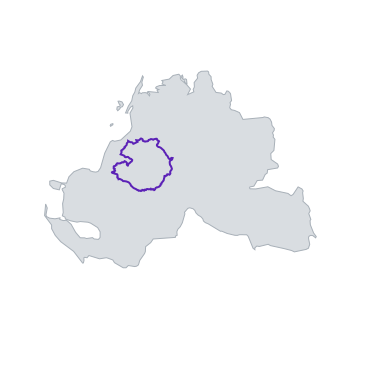 location of Guárico within Venezuela, rotated 298°
{"feature_id": "VEN-45", "entity_name": "Guárico", "entity_type": "State", "adm_level": 1, "iso_a3": "VEN", "parent_name": "Venezuela", "parent_adm1": "", "projection": "equal_earth", "projection_center": [-66.651, 8.828], "detail": "fine", "context": "in_parent", "style": "outline", "palette": "violet", "viewbox_px": 384, "rotation_deg": 298, "n_neighbors": 0, "source": "natural_earth", "source_scale": "10m", "svg_char_len": 9122}
<svg xmlns="http://www.w3.org/2000/svg" viewBox="0 0 384 384"><g transform="rotate(298 192 192)"><path d="M302.9,143.5L306.1,149.0L305.8,150.3L303.9,151.6L302.8,154.7L300.3,156.1L296.9,159.9L294.7,160.2L291.2,166.5L293.1,171.4L292.7,173.9L293.6,175.2L297.6,175.3L298.0,176.6L297.5,178.6L296.8,179.9L291.3,184.0L288.7,183.6L287.6,184.8L284.1,185.7L283.1,188.1L284.0,191.3L284.4,196.6L280.0,202.9L291.1,219.7L292.2,220.5L293.4,224.4L293.0,226.7L291.1,229.4L288.3,231.4L286.7,234.9L285.0,235.6L282.0,235.3L280.5,237.2L278.6,237.9L277.4,240.5L267.2,244.8L262.9,243.5L257.8,246.7L256.9,254.5L255.3,256.3L253.4,256.3L247.2,248.3L244.0,249.5L241.8,248.4L235.6,248.7L232.7,244.2L226.2,243.9L223.7,240.8L222.6,240.8L222.1,241.8L224.6,246.8L232.2,256.5L232.3,265.2L235.8,277.4L235.2,281.2L237.3,282.4L246.3,283.3L246.3,287.6L245.1,289.6L243.3,290.0L238.6,293.3L235.9,294.3L234.1,301.4L232.5,303.5L230.8,305.2L227.8,305.2L223.6,309.8L222.1,309.7L218.6,311.9L212.9,318.6L211.0,322.6L209.6,322.7L210.2,319.1L209.5,317.2L208.1,316.2L206.9,316.1L205.3,317.0L201.1,320.5L197.0,321.2L194.8,319.6L187.2,310.5L187.1,307.4L185.3,300.0L181.5,286.4L181.6,283.8L175.5,277.0L174.7,274.6L172.2,273.7L170.6,274.6L171.0,272.3L179.2,262.5L179.9,260.4L176.7,254.1L174.9,252.3L173.9,250.2L171.9,242.5L171.4,236.7L170.7,235.5L171.5,221.2L171.2,218.1L171.8,215.7L173.4,214.1L174.3,211.5L174.5,208.1L175.4,205.3L177.1,203.1L177.7,200.9L177.0,197.4L175.6,196.0L170.6,194.9L169.3,196.0L160.3,197.9L155.8,197.9L152.4,197.0L149.8,197.3L146.8,199.2L145.3,198.1L144.1,198.6L132.3,179.8L127.9,179.3L122.0,176.7L117.4,178.8L115.4,179.0L107.1,178.0L102.5,178.9L100.6,178.0L99.3,176.5L97.2,170.3L94.1,169.3L92.8,166.8L93.2,156.7L94.8,154.0L94.2,149.4L93.8,147.3L89.6,141.7L87.5,130.8L84.7,130.2L83.9,127.8L83.1,127.4L80.8,128.8L78.4,129.4L77.9,128.8L84.0,115.4L86.5,99.4L89.5,91.6L93.7,85.3L97.0,83.5L102.0,72.9L112.7,68.4L109.9,71.7L103.5,73.7L102.0,75.0L102.1,78.6L104.0,83.6L107.2,87.6L105.7,88.1L106.3,91.7L107.9,94.1L107.9,95.7L106.7,100.5L101.8,108.1L99.1,114.8L101.1,118.7L101.4,120.7L105.0,125.6L104.6,127.6L106.2,131.6L108.7,132.2L113.7,129.6L116.3,125.4L116.9,117.2L116.5,114.4L113.5,107.3L111.4,104.6L109.6,98.5L108.8,92.9L110.2,91.6L110.1,88.7L113.5,87.9L121.0,83.2L125.6,82.0L130.9,79.5L133.2,76.2L134.0,75.9L136.7,77.9L138.1,77.2L138.6,75.7L137.9,72.7L131.6,73.8L130.0,67.9L131.5,63.1L134.8,61.3L137.2,64.1L138.8,72.6L141.0,77.1L147.7,76.2L154.5,78.2L161.7,84.3L163.8,90.6L162.9,92.3L163.4,95.0L164.4,97.7L166.0,99.4L170.5,99.9L185.4,96.7L197.8,96.3L200.2,97.6L200.5,99.9L204.5,104.7L216.7,109.0L221.4,108.4L232.5,100.2L238.4,100.4L240.2,99.2L238.0,97.9L233.0,97.5L231.5,98.3L230.6,96.2L237.8,95.5L244.1,96.0L249.3,94.5L253.3,94.6L257.4,93.6L265.2,94.7L271.3,93.8L270.6,95.1L265.4,96.2L262.9,98.2L257.6,97.8L253.9,98.5L255.1,99.1L255.1,101.1L256.2,101.5L257.8,104.0L258.2,106.1L256.9,109.3L258.4,109.0L259.2,107.9L259.2,105.7L260.1,106.0L264.0,115.5L265.6,113.2L266.8,114.6L266.7,111.0L268.1,111.1L270.9,113.5L273.8,118.9L273.3,114.8L275.7,114.7L276.3,113.0L281.0,118.9L286.0,120.6L289.8,125.1L289.0,127.3L286.8,128.4L285.9,129.7L284.3,136.8L282.2,142.3L275.9,142.4L281.3,146.6L283.1,144.9L285.8,144.8L289.7,142.5L295.1,143.5L297.5,141.7L300.4,141.9L302.9,143.5ZM238.1,85.0L238.7,87.9L237.0,90.5L234.7,90.5L232.9,88.9L231.9,89.3L228.9,88.3L229.7,86.8L232.0,86.0L233.7,87.8L235.1,87.9L235.5,86.4L237.4,84.1L238.1,85.0ZM288.7,134.4L285.3,136.7L285.2,134.4L287.7,131.7L288.9,133.3L288.7,134.4ZM215.2,90.0L214.3,90.6L211.8,89.3L212.4,88.5L213.7,88.5L215.2,90.0ZM289.3,130.1L287.3,130.9L287.9,129.2L290.0,128.3L290.7,128.6L289.3,130.1Z" fill="#d9dde1" stroke="#a8b0b8" stroke-width="1"/><path d="M207.1,111.6L207.0,113.4L207.0,114.1L207.1,114.4L207.5,115.1L207.7,115.7L207.6,116.4L207.5,116.7L207.1,117.3L207.0,117.5L207.2,117.8L210.6,120.3L211.4,118.7L211.6,118.5L212.3,120.3L212.5,120.5L213.0,120.9L213.3,121.1L214.1,121.4L214.7,121.5L215.0,121.6L215.2,121.8L215.3,121.9L215.4,122.2L215.4,123.0L215.4,123.4L215.3,123.6L215.2,123.8L214.3,124.3L214.1,124.7L214.1,125.2L214.2,125.5L214.4,125.9L214.4,126.1L214.4,126.7L214.5,127.0L214.9,127.3L215.0,127.5L215.2,127.8L215.4,128.1L215.6,128.4L216.0,129.0L216.4,129.3L217.4,129.3L217.6,129.3L217.9,129.6L218.4,130.2L218.5,130.3L219.0,130.5L219.3,130.7L219.5,131.0L219.8,131.8L219.9,132.1L219.9,132.8L219.9,133.0L220.0,133.3L220.6,133.5L220.8,133.7L221.7,134.8L222.1,135.2L222.2,135.3L222.4,136.0L222.0,136.4L221.7,136.7L221.5,137.1L221.4,137.5L221.5,138.0L221.5,138.4L221.4,138.9L221.3,139.1L221.2,139.1L220.7,139.0L220.4,138.9L220.2,139.0L219.9,139.1L218.7,139.2L218.2,139.1L217.7,138.8L217.4,138.8L217.1,139.0L216.7,139.1L216.5,139.3L216.4,139.5L216.1,140.3L216.0,141.3L216.1,141.5L216.3,142.1L216.4,143.3L216.2,144.6L216.0,145.2L215.9,145.4L215.8,146.2L215.4,147.6L215.3,147.9L214.5,148.7L214.4,148.9L214.0,150.0L213.8,150.3L212.7,151.8L212.5,152.2L212.5,152.7L212.3,153.4L211.4,154.7L211.1,155.1L210.8,155.4L210.7,155.8L210.6,156.2L210.5,156.7L210.6,157.0L210.6,157.4L210.7,157.5L210.9,157.6L211.0,157.7L211.5,157.6L212.0,157.6L212.4,157.8L212.6,158.0L212.7,158.3L212.9,158.9L211.8,159.1L211.4,159.1L210.9,159.0L209.8,158.2L208.8,158.0L208.0,158.2L206.3,159.3L206.0,159.6L205.6,160.0L204.8,161.5L203.1,163.3L202.7,163.4L202.3,163.5L200.7,163.2L199.8,163.2L199.1,163.5L198.4,164.1L198.1,164.2L197.6,164.2L196.7,164.0L196.6,163.5L196.6,163.1L196.5,162.7L196.1,162.0L195.9,161.8L195.4,162.1L194.9,162.0L194.3,161.7L194.0,161.4L194.1,161.2L193.6,160.8L193.3,160.2L193.1,160.1L192.9,160.2L192.8,160.3L192.9,160.5L192.7,160.7L192.4,160.6L191.7,160.9L191.3,160.8L190.9,160.9L189.1,161.5L188.8,161.5L188.7,161.5L188.5,161.3L188.4,161.3L188.0,161.4L186.3,161.0L186.1,160.8L185.6,160.9L185.3,161.1L184.9,161.2L184.2,160.6L183.8,160.7L183.2,161.1L182.8,161.1L182.5,161.0L182.2,160.7L181.3,160.5L181.1,160.4L180.9,160.1L180.7,159.9L180.0,159.5L179.8,159.2L179.6,158.7L178.5,158.0L178.3,158.0L177.8,158.1L177.3,158.1L177.0,158.1L176.6,157.8L176.3,157.9L176.1,157.9L175.9,157.7L176.1,157.3L176.0,156.9L176.4,156.6L176.4,156.4L176.2,156.1L175.8,156.3L175.7,156.1L175.5,155.3L175.1,154.9L175.1,154.7L175.5,154.9L175.5,154.7L175.4,154.5L175.4,154.3L175.5,154.1L175.2,154.0L174.9,153.7L174.7,153.8L174.6,153.3L174.4,152.9L174.2,152.5L174.0,152.4L173.9,152.2L173.7,151.2L173.2,150.6L172.2,150.5L172.1,150.4L172.1,149.6L172.1,149.4L171.9,149.3L171.8,149.7L171.6,149.5L171.4,149.4L171.3,149.0L171.3,148.8L171.1,148.7L170.9,148.4L170.7,148.5L170.7,148.2L170.8,147.6L170.7,147.4L170.4,147.6L169.9,147.2L169.9,146.9L169.7,146.8L169.4,146.9L169.2,146.8L169.0,146.3L169.0,146.0L168.9,145.9L168.7,145.8L168.8,145.3L168.7,145.2L168.4,144.8L168.2,144.5L167.7,143.7L167.9,143.9L168.0,143.6L168.3,143.5L168.4,143.3L168.4,143.2L168.3,142.8L168.1,142.6L168.1,142.3L168.1,141.9L168.3,141.2L168.2,140.5L168.2,139.9L168.1,139.2L168.1,138.9L168.4,137.1L168.7,136.6L168.9,135.3L168.9,135.2L169.1,135.0L169.3,134.7L169.6,134.4L169.8,134.3L169.9,134.0L170.4,132.9L170.6,132.4L170.8,131.6L170.8,131.3L170.5,129.1L169.9,127.3L169.3,126.2L169.3,125.8L169.6,125.1L169.7,124.7L169.7,124.0L169.7,123.0L169.7,122.7L169.5,121.8L169.2,121.6L169.1,121.1L168.9,121.0L169.0,120.9L169.1,120.7L169.5,120.4L169.5,119.9L169.5,119.7L169.8,119.3L170.0,119.0L170.2,118.9L170.6,119.1L170.9,119.0L171.4,118.7L172.1,117.8L172.4,117.8L172.5,117.5L172.4,117.2L171.9,115.1L171.9,114.5L171.7,113.9L171.6,113.5L171.5,112.4L171.7,112.1L172.0,112.1L172.3,112.2L172.4,112.4L172.6,112.8L172.8,113.0L173.2,113.2L173.3,113.2L173.4,113.3L173.3,113.9L173.3,114.0L173.7,114.1L174.3,113.8L174.6,113.5L174.8,113.5L175.0,113.8L175.1,113.7L175.4,113.2L175.5,112.7L175.8,112.4L176.0,112.4L176.1,112.7L176.3,112.7L176.3,112.4L176.2,111.7L177.4,111.1L177.7,110.9L178.0,110.9L179.1,112.0L179.4,112.2L179.9,112.1L180.4,112.1L180.5,112.2L180.7,112.6L181.2,112.4L181.4,112.3L181.6,112.3L182.1,112.4L182.4,112.7L182.8,114.0L183.3,114.7L183.4,114.8L183.5,115.1L184.0,115.4L184.3,115.5L184.6,115.9L184.7,116.1L184.9,116.1L185.4,116.2L185.6,116.5L186.0,117.6L186.3,117.6L186.8,118.0L187.4,117.9L187.6,118.0L187.6,118.3L187.6,118.7L187.6,119.4L187.6,119.5L187.3,120.5L187.1,120.9L186.9,121.1L186.3,121.2L185.9,121.4L185.5,121.7L185.4,121.9L185.1,122.8L185.2,123.0L185.3,123.0L185.8,122.9L187.2,122.8L187.5,122.9L187.7,123.0L188.4,123.4L188.5,123.5L189.2,123.6L189.5,123.7L189.8,123.8L190.5,124.3L191.5,124.4L191.9,124.3L192.2,124.2L192.3,124.0L192.6,122.8L192.6,122.6L192.6,122.4L192.5,122.1L192.4,121.9L192.3,121.6L192.4,121.3L192.5,120.8L192.7,119.9L192.9,119.4L192.9,119.1L192.8,118.9L192.7,118.5L192.4,118.1L192.0,117.7L191.7,117.4L191.6,117.2L191.6,116.9L191.5,116.4L191.5,116.1L191.6,115.9L191.9,115.7L192.1,115.6L192.1,115.4L192.2,115.1L192.2,114.5L191.7,111.3L193.1,111.3L194.4,111.0L194.6,110.8L194.8,110.4L195.4,110.1L195.8,110.2L196.1,110.4L196.9,111.0L197.0,111.0L197.9,111.1L198.1,111.2L198.5,111.6L198.8,111.7L199.1,111.7L199.6,111.4L199.8,111.3L200.0,111.5L200.1,111.8L200.3,111.8L200.7,111.6L201.0,111.6L202.5,112.2L203.5,112.0L203.9,111.8L204.2,111.6L204.5,111.6L204.9,111.7L205.4,111.9L206.0,112.0L206.3,112.0L207.1,111.6Z" fill="none" stroke="#5b21b6" stroke-width="2"/></g></svg>